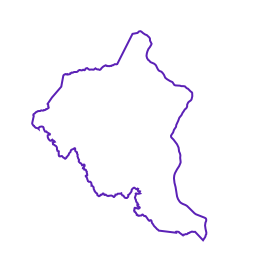 Sento Sé, Bahia, Brazil, rotated 100°
{"feature_id": "56859067B8748211257430", "entity_name": "Sento Sé", "entity_type": "district", "adm_level": 2, "iso_a3": "BRA", "parent_name": "Brazil", "parent_adm1": "Bahia", "projection": "albers", "projection_center": [-41.545, -10.097], "detail": "fine", "context": "isolated", "style": "outline", "palette": "violet", "viewbox_px": 256, "rotation_deg": 100, "n_neighbors": 0, "source": "geoboundaries", "source_scale": "gbopen_adm2", "svg_char_len": 5921}
<svg xmlns="http://www.w3.org/2000/svg" viewBox="0 0 256 256"><g transform="rotate(100 128 128)"><path d="M212.2,104.0L212.6,102.6L212.6,102.0L212.1,100.9L211.9,99.8L211.5,99.4L210.8,98.9L210.7,98.5L211.9,96.7L211.7,95.4L213.5,93.4L214.6,92.5L215.7,90.9L215.5,90.5L214.9,90.0L214.9,89.2L215.3,88.8L217.3,87.9L218.3,86.8L220.0,85.3L221.4,83.3L222.1,82.4L222.6,81.8L222.9,80.9L223.7,79.9L222.8,62.7L222.3,63.0L221.9,62.8L221.6,61.9L221.5,60.3L221.6,59.8L222.1,59.3L224.1,55.3L223.7,55.2L223.4,54.7L223.4,54.1L222.5,52.9L222.4,51.7L221.7,50.8L221.0,50.5L220.6,49.3L220.2,49.1L218.9,47.0L219.0,45.8L218.6,43.9L225.5,34.6L222.3,33.2L221.3,32.9L220.0,32.9L219.1,32.5L217.3,32.7L213.7,34.2L210.6,35.2L207.7,35.3L206.0,34.9L204.9,35.0L204.0,35.3L203.4,35.9L203.0,37.1L201.2,46.0L200.5,47.6L194.6,56.2L193.9,57.9L193.2,61.1L192.4,63.2L191.4,64.5L189.3,66.4L186.9,67.8L177.9,70.9L173.9,72.7L169.5,74.0L166.7,74.2L164.4,73.9L160.4,72.6L156.6,71.0L153.0,70.2L151.8,70.4L148.5,71.4L145.7,71.7L144.1,72.4L142.3,73.6L138.5,74.8L135.5,76.9L131.5,81.2L129.8,83.6L129.3,84.0L128.1,84.3L126.5,83.7L124.6,82.8L121.8,82.4L118.5,80.9L116.7,81.0L112.2,79.8L108.9,79.2L106.1,77.6L103.3,76.8L102.2,76.2L99.9,75.3L98.5,74.1L97.8,73.8L96.6,73.5L94.7,73.8L92.5,73.2L91.6,72.6L90.2,71.2L89.5,70.7L88.7,70.4L85.5,70.2L82.3,70.9L81.8,71.3L81.1,72.7L78.9,75.8L78.6,77.1L77.1,79.3L77.2,81.0L77.5,82.8L77.3,84.2L77.8,88.7L77.6,89.8L75.1,92.2L74.9,92.8L74.5,94.6L73.1,98.2L72.0,100.1L69.4,101.8L68.0,103.2L66.8,104.8L66.3,107.1L65.7,108.1L64.6,109.1L61.4,111.4L60.7,112.4L60.1,113.5L59.2,117.3L57.9,118.9L57.4,120.0L55.8,121.4L53.8,122.3L51.2,122.4L49.2,122.2L46.6,121.6L44.5,120.5L42.1,119.6L41.0,119.4L38.1,121.5L36.0,122.0L35.1,122.8L33.2,125.7L33.0,127.2L31.9,129.7L30.8,131.5L30.5,132.6L31.0,133.9L31.7,134.5L32.4,134.8L32.8,135.3L34.5,139.9L66.9,149.7L67.3,150.5L67.4,152.0L68.9,153.8L68.9,154.4L69.8,155.2L69.9,156.3L70.3,156.8L70.3,157.7L70.5,158.1L70.6,158.7L70.4,159.3L70.6,159.9L70.1,160.7L70.2,161.1L70.8,161.7L71.4,162.6L72.1,163.3L73.7,164.5L75.0,165.1L75.6,165.8L75.7,166.3L75.4,167.3L75.6,168.1L75.5,169.2L74.9,170.4L76.5,171.9L76.8,174.4L77.3,176.2L76.1,178.7L76.9,180.1L77.9,180.3L78.4,180.6L78.7,181.1L78.4,182.3L79.0,182.9L79.2,183.5L79.4,184.1L79.2,185.3L79.3,185.8L79.7,186.2L79.9,186.7L81.0,187.3L81.6,188.0L81.9,188.9L82.2,190.8L83.2,192.1L83.1,192.8L83.3,193.3L84.1,193.8L84.1,194.2L84.6,194.2L85.0,194.5L85.8,196.5L85.5,196.8L85.4,197.2L85.9,197.6L85.9,198.4L85.7,198.7L85.9,199.2L86.2,199.5L86.4,199.9L86.8,200.3L87.4,200.7L88.0,200.8L98.9,200.9L111.2,208.2L118.3,211.4L119.2,210.5L120.5,210.4L121.3,209.7L122.0,209.7L123.2,210.9L123.6,211.9L124.0,212.0L124.6,212.7L124.9,213.3L124.9,213.9L125.4,214.2L125.7,215.2L125.7,216.4L125.9,216.8L126.5,217.4L127.0,219.6L127.4,219.9L128.1,221.1L130.1,222.6L130.7,223.3L131.1,223.5L132.1,223.4L132.5,222.9L139.9,223.2L140.5,223.0L142.0,221.7L142.2,221.3L142.2,220.9L142.6,220.7L143.8,219.0L143.8,218.0L144.1,216.4L144.4,215.9L143.6,216.2L143.2,216.0L142.1,214.9L141.6,213.6L141.5,212.7L141.7,211.8L142.2,211.3L143.7,210.7L145.7,209.3L146.0,208.9L145.9,208.3L145.6,207.8L145.8,207.5L146.3,207.1L146.7,205.8L147.2,204.9L147.2,204.3L147.6,203.8L148.2,204.0L148.2,204.6L148.5,205.2L149.2,205.8L150.8,205.5L151.9,204.9L153.0,204.0L154.0,202.5L153.9,201.5L153.6,201.1L153.0,200.9L152.7,200.6L153.2,200.2L153.2,199.4L153.9,198.1L154.3,197.7L155.2,199.5L155.6,199.6L156.1,199.2L157.1,199.0L157.5,197.4L157.9,196.9L158.3,195.7L159.1,194.9L159.9,194.5L161.6,194.2L162.0,193.8L162.7,193.6L163.0,192.1L163.4,192.0L164.7,192.0L165.6,191.6L166.6,191.6L166.9,191.3L167.7,190.9L167.8,190.0L167.2,188.8L167.1,188.2L168.3,186.6L168.6,185.6L169.1,184.9L169.1,184.4L168.2,183.6L167.3,183.5L166.7,182.8L165.7,182.5L164.6,181.7L163.5,181.7L162.5,181.2L161.7,180.5L160.2,180.4L159.6,180.2L158.9,179.4L158.2,178.2L157.2,177.2L157.2,176.7L157.6,176.4L159.0,176.2L159.9,175.8L160.3,175.3L160.5,174.6L160.8,174.0L162.1,173.8L162.8,173.0L164.8,172.8L165.6,172.2L166.4,171.9L168.0,170.6L169.0,170.8L169.7,170.6L170.8,169.1L170.9,168.5L171.3,167.7L172.7,166.8L172.3,165.7L171.8,165.4L171.6,165.0L171.8,164.5L172.3,164.2L173.2,164.2L175.0,165.4L175.5,165.4L175.5,164.3L176.1,164.2L176.6,163.8L176.4,162.8L176.5,162.3L177.2,162.0L178.1,161.0L178.5,161.1L179.1,160.9L179.7,160.5L181.5,159.9L181.9,160.1L181.9,160.7L182.5,161.3L182.9,161.2L183.3,160.7L184.6,159.5L185.2,159.4L186.1,158.8L187.3,158.2L187.6,157.3L187.8,157.0L187.6,156.5L187.5,155.9L187.9,155.2L188.7,154.5L189.9,154.2L190.5,153.7L191.2,153.9L191.3,153.0L192.0,151.9L192.5,151.5L194.0,151.2L194.5,150.7L195.6,150.2L195.8,149.8L196.3,149.6L196.5,149.2L197.3,148.5L197.7,147.4L198.1,146.9L199.1,146.7L199.6,146.3L199.8,145.5L200.2,144.9L200.1,144.5L199.3,143.6L198.7,143.5L198.4,143.1L198.4,142.5L197.9,142.0L197.1,141.6L196.8,141.2L196.9,140.6L197.9,139.8L198.0,139.3L197.5,138.4L198.1,137.5L198.5,135.8L198.0,135.0L198.0,134.4L197.7,133.9L197.4,132.6L197.7,131.3L198.4,130.1L198.2,129.6L197.6,129.5L196.9,128.8L195.8,128.8L195.5,127.4L194.5,126.7L194.0,124.1L193.5,123.3L194.1,123.1L195.4,121.8L195.4,120.8L197.1,119.2L197.3,118.1L197.1,116.9L195.7,115.9L194.5,115.9L194.0,116.2L192.8,115.0L192.3,114.8L190.5,113.8L189.2,113.5L188.6,113.7L188.2,113.6L187.1,113.1L186.2,112.3L185.8,111.8L185.7,111.3L186.7,109.4L186.5,108.4L186.0,108.0L186.2,107.4L186.8,107.5L187.2,107.7L187.7,107.6L188.3,107.2L188.5,106.6L188.2,105.6L188.3,105.2L189.3,105.6L189.7,105.6L190.3,104.7L190.9,106.0L191.1,107.3L191.0,108.7L191.3,109.0L192.1,108.6L195.3,109.1L197.1,108.1L197.4,107.7L198.4,107.5L198.8,107.2L199.3,106.7L199.8,106.6L200.1,106.2L200.4,105.5L201.3,105.0L201.7,104.6L202.3,105.5L203.4,104.9L203.9,103.0L204.5,102.6L205.5,103.4L205.7,103.9L205.4,106.1L205.4,107.4L205.9,107.7L207.4,107.4L207.8,107.7L208.5,107.6L208.7,107.2L209.4,106.9L209.5,106.3L210.1,105.5L210.5,105.4L211.3,104.6L211.7,103.8L212.2,104.0Z" fill="none" stroke="#5b21b6" stroke-width="2"/></g></svg>